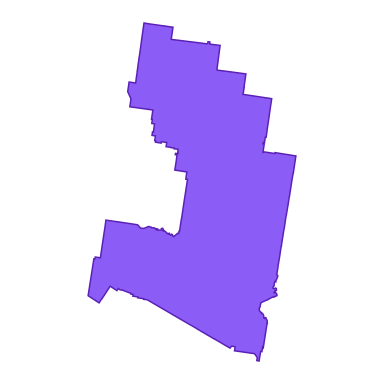 Narrandera, New South Wales, Australia (orthographic projection)
{"feature_id": "25037944B16840847352668", "entity_name": "Narrandera", "entity_type": "district", "adm_level": 2, "iso_a3": "AUS", "parent_name": "Australia", "parent_adm1": "New South Wales", "projection": "orthographic", "projection_center": [146.605, -34.591], "detail": "fine", "context": "isolated", "style": "filled", "palette": "violet", "viewbox_px": 384, "rotation_deg": 0, "n_neighbors": 0, "source": "geoboundaries", "source_scale": "gbopen_adm2", "svg_char_len": 5466}
<svg xmlns="http://www.w3.org/2000/svg" viewBox="0 0 384 384"><path d="M173.0,27.2L148.7,23.8L146.7,23.5L146.7,23.4L144.0,23.0L141.6,39.8L141.1,43.8L139.4,56.0L139.2,56.7L137.9,66.2L137.2,71.3L137.3,71.3L136.3,77.9L135.7,83.0L129.1,82.0L127.7,91.6L131.0,99.0L129.8,106.8L152.8,110.0L152.5,112.2L152.5,112.4L151.5,119.3L152.3,119.4L151.8,123.5L154.5,123.9L153.4,132.0L152.5,131.9L152.0,135.4L155.4,135.9L154.7,140.7L155.7,140.9L155.5,142.2L161.1,143.1L161.3,141.7L166.7,142.5L166.1,146.7L170.9,147.4L170.9,147.6L174.2,148.1L174.1,148.8L178.1,149.3L177.7,152.8L178.0,152.8L177.9,153.7L175.5,153.4L175.3,154.7L177.0,154.9L177.0,155.0L176.2,161.1L174.8,170.1L179.4,170.8L186.8,172.0L185.8,179.2L187.5,179.5L183.7,204.1L181.6,218.4L181.5,218.9L181.4,218.9L180.9,222.2L179.5,231.2L179.0,231.2L178.7,233.4L178.4,233.2L178.1,233.1L177.5,233.7L176.9,233.9L176.8,234.0L176.5,234.4L176.3,234.5L175.7,234.9L175.2,235.4L174.5,235.8L174.1,236.4L174.0,236.5L173.6,236.6L173.3,236.2L172.8,236.0L172.6,235.9L172.6,235.7L172.6,235.0L172.5,234.8L172.2,234.5L171.8,234.3L171.7,234.2L171.5,234.3L171.3,234.5L171.0,235.0L170.8,235.2L170.7,235.2L170.4,235.0L169.9,234.4L169.6,233.7L169.5,233.4L169.3,233.4L169.2,233.3L168.8,233.6L168.5,234.1L168.4,234.2L168.2,234.1L168.1,233.9L167.9,233.5L167.8,233.3L167.7,233.2L167.0,233.3L166.8,233.2L166.3,232.8L166.0,232.2L165.8,231.7L165.7,231.6L165.4,231.5L165.0,231.5L164.8,231.4L164.7,231.3L164.4,230.8L164.2,230.7L163.8,230.7L163.7,230.7L163.3,230.9L163.2,231.0L163.0,230.9L162.9,230.8L163.0,230.6L163.1,230.4L163.1,230.2L163.4,229.7L163.3,229.2L162.7,228.4L162.3,228.2L161.4,228.7L161.2,228.9L161.2,229.1L161.5,229.5L161.5,229.8L161.4,229.9L161.2,230.0L159.9,230.2L159.5,230.1L158.6,230.2L158.4,230.3L158.2,230.1L157.9,230.0L157.9,229.9L158.0,229.7L158.0,229.4L157.9,229.1L157.7,229.1L157.4,229.3L157.2,229.1L156.9,228.8L156.5,228.7L156.3,228.7L156.3,228.8L156.4,229.1L156.5,229.6L156.4,229.8L154.8,228.1L154.0,227.7L152.1,227.9L150.9,227.0L150.3,227.0L149.6,226.8L149.1,226.5L148.3,226.6L147.8,226.7L147.1,227.1L143.9,228.4L140.5,228.1L138.0,225.1L137.1,224.7L130.6,223.7L105.9,220.1L105.1,226.2L102.9,240.6L100.4,257.8L95.3,257.0L95.0,258.8L93.9,258.7L88.1,295.7L99.1,302.9L101.4,299.3L101.8,299.0L110.2,286.2L116.9,290.6L117.7,289.5L118.3,288.6L120.2,289.9L122.0,290.0L122.3,290.2L122.8,290.1L122.9,290.3L130.9,293.4L130.8,294.0L133.1,294.4L132.9,296.2L137.9,296.9L137.7,297.8L143.7,298.7L143.6,299.3L147.3,299.8L180.3,319.1L197.1,328.8L197.2,329.0L213.9,338.8L214.2,338.8L214.5,338.8L214.6,339.1L230.0,348.1L231.5,346.3L231.6,346.2L234.2,346.5L234.3,346.6L234.5,346.7L235.1,346.8L234.5,350.8L249.1,352.9L251.1,353.2L254.4,353.6L257.2,357.4L256.9,360.0L256.8,360.6L259.1,361.0L260.6,351.5L261.9,351.7L262.6,347.0L262.6,346.9L262.9,347.1L263.3,347.6L267.0,323.9L267.3,323.8L267.4,323.2L267.2,323.0L267.1,322.8L267.1,322.4L267.3,321.7L267.2,321.1L267.2,320.4L267.1,320.1L266.3,319.4L266.2,319.2L266.1,318.9L266.1,318.7L266.1,318.0L266.0,317.8L265.7,317.7L265.4,317.6L265.2,317.6L264.9,317.8L264.8,318.2L264.6,318.4L264.4,318.4L264.0,318.1L263.8,317.6L263.7,317.3L263.7,317.1L263.7,316.7L263.8,316.2L263.8,315.9L263.6,315.3L263.3,314.7L263.2,314.3L262.9,314.0L262.4,313.6L262.1,313.5L261.8,313.6L261.7,313.6L261.6,313.2L261.7,312.8L261.7,312.7L261.4,312.5L261.0,312.5L260.9,312.5L260.9,312.4L260.9,312.2L260.6,311.9L260.3,311.8L260.2,311.6L259.8,311.2L259.4,310.5L259.4,310.2L259.2,309.9L259.4,309.5L259.4,309.4L259.4,309.1L259.4,308.9L259.3,308.7L259.3,308.3L259.3,308.2L259.4,307.7L259.5,307.6L260.0,307.2L260.2,306.4L260.2,306.0L260.2,305.6L260.2,305.3L260.6,304.4L260.8,303.8L260.8,303.5L260.8,303.2L260.7,302.9L263.5,301.5L268.7,299.3L268.7,299.0L273.7,296.6L273.9,297.1L276.6,295.8L276.4,295.7L276.4,295.4L276.5,295.2L276.8,294.8L276.9,294.5L276.9,294.4L276.9,294.2L276.4,293.6L276.1,293.1L275.8,292.6L275.7,292.4L275.5,292.2L275.4,292.2L275.1,292.3L274.6,292.8L274.4,292.9L274.2,292.9L274.0,292.7L274.0,292.4L274.1,292.2L274.8,291.1L275.1,290.9L275.9,290.6L276.2,290.4L276.4,290.3L276.4,290.1L276.5,290.0L276.5,289.8L276.3,289.4L276.3,289.2L276.4,288.7L276.2,288.4L275.7,288.1L275.4,288.0L275.2,288.1L275.0,288.4L274.8,288.6L274.6,288.7L274.1,288.7L273.5,288.5L273.3,288.4L273.1,288.3L273.1,288.1L273.0,287.9L273.0,287.6L273.0,287.4L273.1,287.2L273.3,286.9L273.7,286.2L273.8,285.9L274.0,285.9L274.7,281.6L275.9,281.8L275.9,281.6L275.9,281.1L275.9,280.7L276.2,280.1L276.7,279.1L277.0,278.3L277.5,277.1L277.7,276.4L277.8,275.8L277.8,275.7L277.6,275.5L277.0,274.7L277.0,274.4L276.7,274.2L276.8,274.1L277.7,269.0L278.0,266.6L278.3,264.3L278.5,263.5L279.8,255.6L280.2,252.8L281.1,246.8L281.3,246.6L281.5,245.0L284.0,229.0L284.2,228.6L286.1,215.8L286.4,215.1L286.4,214.7L287.8,206.2L288.0,205.6L288.0,205.0L288.1,204.8L288.1,204.6L289.3,196.8L289.4,196.7L292.3,178.0L293.2,173.2L293.3,173.2L295.1,161.2L295.9,155.9L293.7,155.6L289.4,154.9L275.0,152.6L274.8,153.5L264.2,151.9L263.9,152.0L263.0,152.4L264.2,144.1L263.0,143.9L263.3,142.4L264.5,142.6L265.3,137.2L266.1,137.3L267.1,130.5L267.1,130.0L268.0,124.1L268.3,122.1L270.1,109.4L271.7,98.7L250.7,95.5L243.0,94.4L243.1,93.7L243.3,93.0L243.8,89.5L243.8,89.4L244.1,88.0L243.9,88.1L245.9,73.9L228.0,71.5L217.6,70.2L217.3,70.1L216.9,69.9L220.1,45.4L209.7,44.1L209.9,42.0L208.0,41.7L207.9,42.7L207.7,43.1L207.6,43.3L207.4,43.4L207.1,43.7L206.6,43.8L206.4,43.8L202.6,43.3L202.4,43.3L202.3,43.2L202.2,43.2L171.3,39.4L171.5,37.4L173.0,27.2Z" fill="#8b5cf6" stroke="#5b21b6" stroke-width="1.5"/></svg>